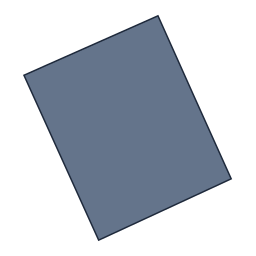 Hale, Texas, United States of America (Equal Earth projection), rotated 336°
{"feature_id": "52423323B58430787795097", "entity_name": "Hale", "entity_type": "district", "adm_level": 2, "iso_a3": "USA", "parent_name": "United States of America", "parent_adm1": "Texas", "projection": "equal_earth", "projection_center": [-101.851, 34.069], "detail": "fine", "context": "isolated", "style": "filled", "palette": "slate", "viewbox_px": 256, "rotation_deg": 336, "n_neighbors": 0, "source": "geoboundaries", "source_scale": "gbopen_adm2", "svg_char_len": 247}
<svg xmlns="http://www.w3.org/2000/svg" viewBox="0 0 256 256"><g transform="rotate(336 128 128)"><path d="M54.4,37.5L55.6,218.5L201.6,216.4L201.2,126.0L201.0,37.7L80.2,37.5L54.4,37.5Z" fill="#64748b" stroke="#1e293b" stroke-width="1.5"/></g></svg>